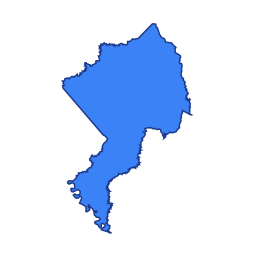 Vistahermosa, Meta, Colombia, rotated 64°
{"feature_id": "7082276B61594004967505", "entity_name": "Vistahermosa", "entity_type": "district", "adm_level": 2, "iso_a3": "COL", "parent_name": "Colombia", "parent_adm1": "Meta", "projection": "orthographic", "projection_center": [-73.544, 2.77], "detail": "fine", "context": "isolated", "style": "filled", "palette": "blue", "viewbox_px": 256, "rotation_deg": 64, "n_neighbors": 0, "source": "geoboundaries", "source_scale": "gbopen_adm2", "svg_char_len": 5931}
<svg xmlns="http://www.w3.org/2000/svg" viewBox="0 0 256 256"><g transform="rotate(64 128 128)"><path d="M56.2,163.3L57.0,163.3L57.7,165.0L57.1,166.3L58.5,166.0L59.3,166.8L61.6,166.6L61.3,168.2L63.6,168.9L123.3,153.4L125.1,152.1L128.8,151.0L130.5,153.4L131.3,156.5L132.9,158.7L134.4,159.8L135.6,159.8L135.6,161.1L137.8,161.3L137.1,163.6L137.6,164.7L138.4,164.7L138.3,165.9L139.1,165.8L138.8,167.5L139.6,168.9L138.4,169.7L139.1,170.7L138.9,171.2L137.5,172.2L136.9,171.8L136.7,172.8L138.4,174.2L139.0,176.0L140.3,176.5L141.7,175.3L142.2,175.8L142.9,175.3L143.7,175.7L144.1,174.8L144.9,175.9L145.6,175.8L145.6,176.9L147.4,178.8L146.9,180.0L147.6,183.1L149.5,183.4L148.7,184.5L149.1,185.0L148.1,185.8L148.1,187.5L147.3,188.2L148.0,189.1L146.7,192.2L148.2,192.7L148.4,194.3L149.1,195.0L148.5,195.4L149.9,195.9L151.3,199.7L151.3,201.2L149.6,204.3L150.0,205.8L151.0,206.4L152.6,205.6L152.8,201.8L154.7,200.8L158.5,201.8L158.9,203.4L157.5,204.9L157.5,205.8L159.1,206.6L160.6,206.4L161.4,205.2L161.3,199.8L163.9,198.8L166.0,199.8L166.5,201.5L165.8,203.4L163.9,204.9L164.4,206.6L167.4,206.0L168.6,205.0L169.2,203.1L168.0,201.1L169.1,200.2L170.9,200.5L174.3,204.5L177.9,201.6L180.2,200.5L181.9,200.8L184.6,202.5L185.3,201.2L184.8,198.3L183.6,197.8L180.9,198.2L180.0,197.4L180.1,196.6L182.7,196.5L184.9,195.2L187.5,195.2L189.1,192.3L190.0,193.4L188.9,195.6L191.7,196.3L194.5,195.3L195.5,193.5L196.7,193.0L198.1,193.3L198.4,194.8L197.7,198.5L198.4,199.3L199.5,199.4L202.4,197.2L204.4,197.4L205.5,196.8L205.1,195.4L202.4,194.0L202.5,193.0L203.6,191.8L205.3,191.2L206.3,191.7L207.0,196.2L207.8,196.6L212.5,191.5L214.2,190.5L215.0,188.8L212.9,190.6L211.8,190.4L211.1,190.9L210.3,188.7L207.9,187.1L206.0,188.7L204.7,188.2L204.1,189.4L203.5,189.1L202.5,186.5L201.6,186.3L201.4,186.8L200.8,186.5L200.2,187.1L199.2,185.7L198.4,185.7L198.4,184.8L195.9,184.0L195.6,182.0L194.8,183.1L194.2,183.0L194.7,182.2L193.9,181.8L194.2,181.4L193.1,181.4L193.3,180.6L192.3,180.3L193.0,179.0L192.4,179.1L192.2,178.2L191.7,178.6L190.7,176.2L190.1,176.7L189.1,175.1L188.7,175.6L189.3,177.3L188.0,176.6L187.0,178.8L186.8,177.7L185.3,178.2L185.4,177.6L186.0,177.8L185.9,177.1L184.3,177.6L184.4,176.6L183.7,176.0L183.3,176.4L183.0,175.9L182.5,176.0L181.9,174.6L181.3,174.7L181.9,175.2L181.3,175.5L180.6,174.9L179.6,175.3L178.6,173.5L177.3,174.1L176.6,173.4L177.2,173.2L176.6,172.8L176.8,172.2L175.9,172.9L176.0,172.2L175.4,172.1L174.7,173.9L173.8,173.3L174.1,172.9L173.7,172.5L173.1,173.6L172.3,172.3L171.6,173.2L170.7,171.8L171.2,171.4L169.8,170.8L170.3,170.4L169.7,169.3L167.7,169.1L167.7,167.8L169.0,167.9L167.4,167.3L168.0,166.7L167.3,166.3L167.9,165.9L167.0,165.3L167.5,164.8L166.4,163.5L166.9,161.9L166.3,161.4L166.4,157.9L165.0,156.4L165.7,156.4L166.4,153.4L167.1,153.5L166.5,152.0L167.2,150.7L166.9,150.3L167.4,150.1L166.8,149.9L168.0,148.2L167.2,147.4L167.6,146.5L166.7,145.7L165.9,145.9L166.3,145.1L165.2,144.7L166.0,143.9L165.0,142.1L165.9,141.0L165.8,139.8L166.5,139.9L166.6,139.1L167.3,138.8L166.1,138.3L166.8,136.8L166.3,136.9L165.8,135.3L165.2,135.7L164.9,134.8L164.9,134.2L165.8,133.7L164.6,133.3L164.4,132.7L164.1,133.4L162.2,132.4L161.4,132.5L161.0,131.8L159.8,132.6L159.6,131.8L159.0,132.5L158.4,131.5L158.8,130.9L157.7,131.3L156.0,130.8L155.4,129.9L155.7,128.6L156.2,128.8L156.3,128.2L155.0,128.2L155.3,127.7L154.2,127.7L153.9,126.8L153.5,127.1L153.6,126.1L153.0,126.9L152.5,126.3L151.5,126.5L151.5,124.9L151.0,125.3L150.4,124.6L150.0,125.2L149.3,124.4L148.6,124.7L148.8,123.7L146.6,122.9L145.3,120.1L144.1,120.5L144.0,120.0L143.6,120.4L143.0,119.9L142.9,117.5L141.3,115.3L140.3,115.1L138.6,115.9L139.2,114.6L139.0,112.8L138.2,112.6L137.7,113.4L136.1,113.4L135.9,112.5L136.9,108.9L137.7,108.2L137.5,107.3L139.8,105.7L140.0,104.5L142.1,102.5L142.7,100.1L144.1,99.5L145.7,100.1L148.6,99.3L149.5,100.1L150.9,99.4L151.2,100.0L152.2,99.6L153.0,100.3L152.6,98.7L151.8,99.4L150.4,98.4L151.3,98.3L151.6,97.3L149.5,97.2L150.3,96.7L150.7,95.5L150.1,91.9L150.8,91.7L152.0,89.4L152.4,86.2L151.6,85.4L150.2,81.5L148.0,80.8L144.9,77.3L142.9,76.8L142.3,75.7L139.2,74.1L138.6,72.7L136.2,71.3L143.6,65.9L143.8,65.3L142.4,66.2L140.7,65.8L139.9,64.9L138.3,64.8L137.1,63.3L136.1,63.5L136.1,62.9L133.3,61.4L131.8,61.5L130.0,60.6L129.6,59.7L128.8,59.9L129.3,61.0L128.3,61.6L129.3,62.1L127.8,62.5L127.7,63.2L126.4,62.5L126.5,61.9L125.5,62.1L125.0,61.0L124.2,61.3L123.5,58.8L119.7,59.0L119.4,58.6L119.2,59.3L118.2,58.4L116.3,58.9L115.9,57.7L113.5,58.1L112.1,56.6L108.8,57.4L107.9,56.4L106.4,57.3L104.7,57.3L102.3,56.5L100.4,54.7L98.2,54.0L95.9,52.2L93.5,51.6L92.7,53.3L90.9,52.8L90.4,51.8L89.2,51.6L87.1,49.5L85.7,49.4L80.8,52.5L77.1,50.8L76.7,49.7L75.4,50.0L73.8,50.9L70.7,51.5L67.4,56.4L63.6,56.2L61.8,58.0L57.9,58.6L50.7,57.7L49.4,58.3L46.7,57.6L45.1,60.3L52.1,80.0L51.2,81.6L51.6,82.8L49.9,84.7L51.1,88.4L50.1,90.4L52.3,91.6L52.7,92.8L51.2,94.8L51.1,96.0L50.0,96.0L48.9,97.1L49.1,99.9L50.0,99.8L50.0,100.4L48.6,101.7L48.1,103.2L48.6,103.7L47.8,103.7L48.4,104.1L47.5,104.7L46.7,104.5L46.1,105.1L46.5,105.4L45.6,105.7L45.2,107.0L45.5,107.6L44.1,107.9L44.9,109.0L43.7,110.3L44.0,110.9L42.6,110.6L42.3,111.9L41.0,112.1L41.6,113.5L41.0,115.0L42.3,114.6L42.1,115.6L41.1,115.8L42.3,117.2L41.9,117.8L42.6,117.7L42.8,117.0L43.1,117.7L42.6,118.1L43.4,118.6L43.2,117.8L43.9,117.3L44.5,118.5L45.0,117.9L45.5,118.4L46.8,117.9L47.1,118.4L46.3,119.0L47.1,119.5L47.6,119.0L48.0,119.8L47.5,120.4L49.9,120.5L50.8,122.5L50.4,123.1L54.3,123.6L55.2,124.6L53.6,127.0L54.2,128.0L55.6,128.1L55.9,130.5L55.5,132.2L56.6,133.5L56.2,134.6L54.9,134.3L51.6,137.3L51.0,137.1L50.6,138.1L51.5,138.9L52.3,138.6L53.2,139.6L53.3,139.0L55.2,138.7L55.5,140.1L56.3,139.5L56.7,141.0L57.1,140.7L57.5,141.4L57.8,141.0L58.2,142.0L57.2,142.7L57.4,143.5L56.8,144.2L58.2,144.5L58.3,145.9L57.7,146.6L59.1,146.7L58.4,147.6L59.9,148.5L59.4,150.4L57.4,150.0L58.6,154.2L58.4,154.9L57.5,154.9L57.0,156.3L57.7,158.7L57.1,159.5L57.7,159.7L56.2,161.4L56.2,163.3Z" fill="#3b82f6" stroke="#1e3a8a" stroke-width="1.5"/></g></svg>